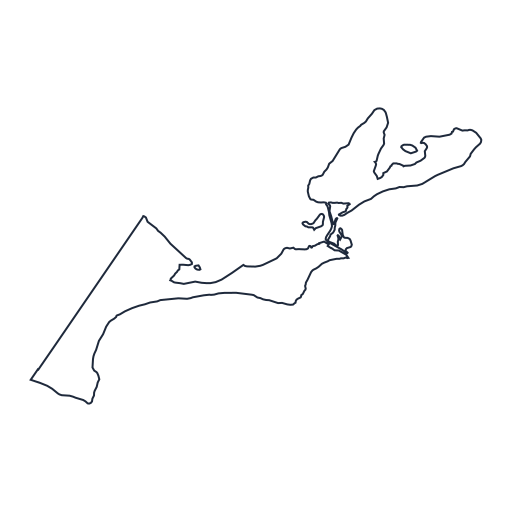 Queenscliffe, Australia
{"feature_id": "25037944B23801424172448", "entity_name": "Queenscliffe", "entity_type": "district", "adm_level": 2, "iso_a3": "AUS", "parent_name": "Australia", "parent_adm1": "", "projection": "robinson", "projection_center": [144.661, -38.265], "detail": "fine", "context": "isolated", "style": "outline", "palette": "slate", "viewbox_px": 512, "rotation_deg": 0, "n_neighbors": 0, "source": "geoboundaries", "source_scale": "gbopen_adm2", "svg_char_len": 6094}
<svg xmlns="http://www.w3.org/2000/svg" viewBox="0 0 512 512"><path d="M30.7,379.8L40.3,383.0L47.2,385.8L52.2,388.8L57.8,393.4L59.4,394.4L61.7,395.2L69.6,395.7L73.1,396.7L75.5,397.7L83.2,400.0L85.5,401.4L87.7,403.4L89.1,403.6L90.7,403.0L92.0,401.5L92.4,398.7L94.0,395.5L94.1,392.7L94.6,391.0L96.7,386.9L97.7,382.5L99.3,379.3L98.4,375.7L97.3,373.1L96.5,372.1L94.2,370.6L92.5,367.5L93.0,359.0L93.5,356.2L94.4,353.5L96.1,349.9L98.9,340.9L103.1,334.2L106.2,326.6L109.2,322.0L110.9,320.6L114.1,318.7L116.1,317.0L116.5,315.8L117.0,315.4L119.8,314.4L125.0,311.3L132.2,308.1L139.1,305.7L144.9,304.3L150.1,302.5L157.2,301.4L160.3,300.1L178.4,298.3L187.1,298.8L190.7,298.1L192.8,297.3L203.8,295.3L209.4,294.7L211.0,294.9L214.2,294.6L218.5,293.4L224.1,292.9L236.2,292.8L251.7,294.7L253.7,295.1L257.4,297.5L260.4,298.1L263.0,299.3L266.1,300.0L269.2,300.2L278.1,303.1L282.0,302.9L287.3,304.4L290.3,304.8L293.0,304.6L294.6,303.2L295.5,302.7L295.8,300.9L296.6,299.6L297.9,298.7L300.6,297.4L301.0,296.7L301.3,295.1L302.8,294.0L304.4,290.8L305.4,289.7L305.7,288.6L305.1,285.9L305.7,284.4L305.9,282.6L307.5,279.8L311.1,272.1L312.5,270.4L313.5,269.7L316.2,268.4L318.6,266.8L321.9,263.8L324.3,262.6L327.7,261.3L329.6,260.2L336.6,258.8L339.5,258.8L341.0,258.3L343.7,258.3L345.9,257.5L347.2,258.1L348.4,257.9L346.2,254.7L338.8,250.5L334.6,250.3L331.5,248.1L331.2,248.2L327.7,246.0L328.7,244.4L324.1,241.6L319.1,243.2L319.2,243.8L317.4,244.2L314.9,245.7L312.9,246.1L312.4,246.4L312.1,247.3L311.7,247.6L311.2,247.5L310.4,246.1L309.5,245.9L309.0,246.2L308.0,248.4L306.6,249.2L304.7,249.4L298.6,249.1L295.9,249.3L294.9,249.0L293.4,247.7L289.9,248.5L287.0,247.8L285.3,248.2L284.1,248.9L283.5,249.6L281.3,253.7L276.7,258.3L274.9,259.2L262.9,264.9L260.2,265.8L255.4,266.6L247.1,266.4L245.0,266.0L243.4,264.9L232.0,272.9L221.6,279.6L215.7,282.1L210.5,283.1L206.0,283.1L201.7,282.8L195.2,281.6L183.8,283.9L180.3,283.2L175.3,282.6L174.0,282.3L171.6,280.8L170.3,280.3L170.7,279.6L170.8,278.6L174.1,275.5L175.2,273.6L177.0,271.9L177.8,270.5L179.3,269.4L179.6,264.8L182.8,264.7L188.3,265.2L190.2,264.8L191.9,264.0L191.9,262.4L189.8,259.6L188.8,258.9L187.2,258.7L186.1,258.1L170.4,243.7L164.7,236.6L160.6,232.7L158.1,230.9L156.3,228.4L147.6,221.8L145.9,217.5L144.3,216.4L143.3,216.1L142.3,218.0L54.7,345.8L38.3,369.6L37.9,369.3L30.7,379.8ZM327.6,241.4L330.5,243.3L341.4,249.3L346.9,253.0L347.4,253.1L347.6,252.7L345.7,250.9L345.5,250.4L345.8,249.3L346.9,248.1L350.6,247.0L351.3,246.2L351.8,244.7L350.5,240.4L349.6,238.9L347.6,237.9L344.9,237.8L344.0,237.4L343.6,236.8L342.7,234.7L342.1,230.0L341.5,229.1L340.5,228.3L340.0,228.4L339.3,229.1L339.1,230.8L339.6,232.1L341.3,234.6L341.8,236.4L340.1,239.6L339.5,238.8L339.3,237.0L338.6,235.7L337.9,235.2L337.6,235.5L338.4,238.2L338.3,239.9L337.8,241.7L338.0,244.9L337.9,245.3L337.1,245.7L335.7,245.2L334.2,243.7L329.2,241.8L328.1,240.9L328.1,239.6L330.1,236.2L330.5,234.6L333.1,232.6L334.4,230.3L334.7,229.4L334.7,227.8L335.3,225.6L335.4,222.6L337.3,218.4L337.0,218.1L336.5,218.2L335.7,219.0L334.2,223.2L333.6,224.1L333.1,223.9L331.2,216.3L329.5,211.2L330.2,206.2L329.9,205.3L328.6,204.0L328.4,203.4L328.9,202.6L330.9,202.4L332.7,202.9L334.5,202.9L337.1,202.6L338.6,203.0L341.3,202.8L343.4,203.6L348.5,203.2L349.5,203.7L349.7,204.2L347.3,205.8L347.5,207.3L347.0,208.3L346.3,209.0L345.9,210.9L345.1,211.5L342.5,212.4L338.9,214.5L339.0,215.0L340.4,215.7L342.1,215.7L344.3,214.9L347.4,212.8L351.6,210.5L359.0,204.7L364.4,201.4L371.0,198.9L373.9,196.3L377.0,194.2L382.9,191.4L389.3,189.3L395.8,188.4L399.5,187.0L403.6,187.2L407.0,186.3L417.2,185.5L422.3,183.9L435.1,176.1L437.8,174.8L453.4,168.3L461.1,166.1L462.6,165.3L464.0,164.1L465.3,162.0L470.0,156.4L470.7,153.8L474.2,149.2L475.9,147.3L480.1,143.6L481.0,142.0L481.3,139.9L480.7,138.4L476.2,132.8L472.5,130.4L470.8,129.9L469.1,129.9L467.6,130.4L464.7,130.3L462.4,130.6L456.6,128.2L455.4,128.4L454.0,129.2L453.0,131.6L452.0,131.9L451.5,133.6L449.6,134.7L439.5,136.7L430.9,136.1L426.1,136.7L424.1,137.6L421.0,142.0L420.8,142.8L421.2,143.1L422.8,142.8L424.1,143.0L425.7,144.3L427.0,146.2L427.1,147.1L426.7,148.3L424.8,151.2L425.3,155.9L424.8,157.4L424.4,157.9L420.6,160.7L416.4,162.5L414.9,164.0L410.5,165.5L404.9,165.8L403.5,166.3L403.2,165.7L399.5,164.0L397.6,163.8L396.7,163.4L393.3,163.4L391.7,164.9L391.5,165.7L390.3,166.4L389.9,167.5L386.9,171.5L383.3,173.1L383.3,175.0L381.8,177.0L380.2,178.0L377.7,178.9L376.8,176.0L374.2,172.4L373.8,171.2L375.8,165.6L376.1,164.1L375.4,162.5L374.8,161.9L376.0,161.5L376.6,160.8L377.8,155.6L378.5,153.8L381.0,148.5L383.4,145.2L384.1,143.7L383.7,138.5L384.6,134.9L383.7,132.4L383.8,131.3L386.6,127.4L388.1,122.8L386.9,116.9L385.9,113.2L385.5,112.2L383.8,109.9L381.9,108.8L379.9,108.4L377.2,108.6L374.4,110.1L371.9,113.8L367.8,118.4L365.9,121.5L364.3,122.9L361.1,124.8L360.3,125.9L358.0,127.6L356.2,129.5L353.7,133.2L351.5,137.6L348.6,144.6L345.4,146.8L341.3,148.1L339.9,149.2L332.6,161.0L329.2,163.7L327.8,167.5L326.5,169.5L324.3,171.7L322.7,174.8L321.8,175.5L320.6,176.0L318.3,176.3L315.9,177.5L313.4,177.5L311.0,178.8L310.1,180.4L309.3,183.9L308.2,185.6L308.3,187.6L307.8,190.0L307.8,191.7L308.9,196.3L310.3,199.0L311.0,199.5L313.5,199.8L316.3,201.7L318.1,202.3L321.0,202.5L323.7,202.3L325.9,202.7L326.3,203.5L326.1,204.4L327.3,206.0L327.9,207.6L329.0,212.1L329.3,215.2L331.6,223.2L332.0,226.2L331.3,228.5L330.2,230.7L327.1,235.3L326.0,237.3L325.7,238.9L325.8,239.7L327.6,241.4ZM322.9,221.9L324.1,217.1L324.0,216.1L323.1,214.5L321.9,213.9L320.7,214.1L319.9,214.6L316.9,218.7L315.3,220.4L313.6,223.0L312.9,223.5L311.2,224.1L309.6,224.1L308.6,223.7L306.9,222.0L305.6,221.7L303.3,222.2L302.6,222.9L302.5,223.4L303.1,224.5L305.4,226.3L306.9,226.5L308.3,227.3L312.2,227.3L313.1,227.7L314.2,229.8L315.7,228.2L321.1,226.3L322.6,225.2L322.9,224.2L322.9,221.9ZM405.4,151.1L410.8,153.3L416.0,151.6L417.1,150.7L415.5,147.7L412.3,145.5L410.1,144.8L404.1,144.7L402.7,145.3L401.5,146.2L401.2,147.1L403.0,149.3L405.4,151.1ZM195.5,268.6L196.8,269.4L197.9,269.7L199.5,269.8L200.4,269.3L199.8,267.4L198.5,265.4L195.7,265.8L194.5,266.4L194.5,267.3L195.5,268.6Z" fill="none" stroke="#1e293b" stroke-width="2"/></svg>